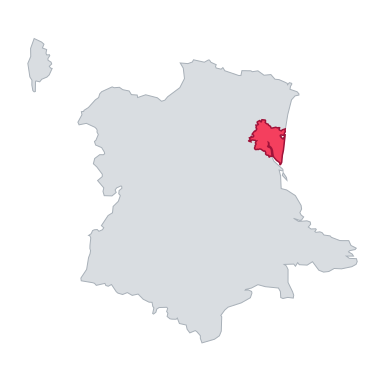 location of Gironde within France, rotated 181°
{"feature_id": "FRA-5295", "entity_name": "Gironde", "entity_type": "Metropolitan department", "adm_level": 1, "iso_a3": "FRA", "parent_name": "France", "parent_adm1": "", "projection": "albers", "projection_center": [-0.442, 44.886], "detail": "fine", "context": "in_parent", "style": "filled", "palette": "rose", "viewbox_px": 384, "rotation_deg": 181, "n_neighbors": 0, "source": "natural_earth", "source_scale": "10m", "svg_char_len": 6665}
<svg xmlns="http://www.w3.org/2000/svg" viewBox="0 0 384 384"><g transform="rotate(181 192 192)"><path d="M294.6,146.8L292.1,148.5L290.7,151.7L289.1,152.5L286.1,152.8L284.4,151.1L280.9,152.7L279.6,154.7L282.0,156.8L275.5,167.0L271.1,169.9L270.6,176.2L265.5,181.4L263.8,186.5L263.7,187.4L265.2,188.9L264.9,192.2L262.2,194.5L262.4,196.5L263.2,196.8L267.4,194.8L268.9,192.7L267.8,190.2L271.9,186.7L279.7,186.8L281.0,191.0L280.3,194.6L286.6,201.8L282.0,205.8L282.0,208.2L287.7,215.5L291.1,218.5L289.9,223.8L284.9,227.7L281.4,227.7L280.0,228.7L280.3,230.3L283.1,234.8L289.2,237.3L290.4,240.8L288.9,242.2L286.7,247.8L288.1,250.4L287.8,251.6L288.5,253.4L290.2,255.0L298.8,258.8L306.1,257.2L307.3,259.8L303.4,267.3L304.0,270.4L301.7,270.7L301.4,271.8L297.1,274.6L290.3,282.4L287.0,284.8L286.0,288.5L284.1,290.7L273.7,295.7L271.6,294.9L266.4,295.4L263.0,293.1L256.6,291.9L254.3,288.3L248.5,288.0L248.0,285.5L240.0,288.4L228.3,285.6L224.0,282.2L220.8,283.3L218.0,286.8L206.0,296.1L201.5,305.3L202.9,315.7L206.0,320.8L198.3,320.3L193.9,322.0L192.8,324.2L181.9,322.0L177.9,324.3L176.8,324.2L175.3,322.0L170.0,319.7L170.7,318.0L170.0,316.4L165.0,315.3L163.3,316.9L161.3,313.8L147.3,309.3L145.1,309.4L144.2,314.2L135.2,314.2L133.9,313.3L128.2,314.3L122.0,310.0L115.2,310.8L111.0,306.2L107.0,305.9L101.2,303.5L98.7,302.3L98.3,300.9L96.6,303.0L94.5,302.5L94.0,301.8L95.4,299.3L95.8,296.4L88.7,294.1L86.8,292.0L86.8,290.8L90.6,289.9L94.1,285.9L97.6,271.1L100.1,253.7L101.8,250.4L104.0,249.5L102.3,247.1L100.1,250.2L101.6,234.2L104.1,222.2L109.9,227.2L111.2,229.3L112.9,236.5L116.2,239.5L114.1,236.6L112.0,227.0L110.7,224.3L101.6,216.3L101.3,214.5L105.3,215.5L103.7,209.5L102.9,197.0L97.4,195.7L88.6,190.2L82.7,180.5L82.1,176.9L83.8,173.2L82.4,170.8L79.9,169.0L82.0,165.9L83.7,165.5L90.0,167.5L84.9,164.4L76.6,165.2L73.3,164.1L72.8,161.8L75.1,159.0L72.4,157.1L67.6,157.4L67.1,156.6L68.5,154.6L67.4,153.8L63.5,154.4L61.3,153.7L59.3,151.3L53.1,150.5L51.8,149.1L43.3,146.0L34.4,146.1L32.1,141.3L26.8,138.7L27.9,137.3L33.4,136.1L34.5,134.9L30.7,132.7L29.4,130.7L36.6,130.6L33.5,128.4L26.4,128.2L25.6,125.3L26.7,122.5L30.9,120.1L41.1,117.8L48.5,118.0L53.8,114.9L59.0,114.2L63.8,116.0L70.3,124.4L75.6,120.9L83.5,121.2L85.1,123.2L87.3,119.6L89.0,121.7L98.6,121.2L96.4,119.7L94.6,116.2L94.4,103.3L89.7,94.0L88.5,90.6L88.9,87.7L94.5,88.3L99.2,87.1L101.4,88.0L101.9,94.0L103.9,97.5L117.0,98.6L124.5,100.5L130.9,97.0L136.8,95.5L137.2,94.7L133.8,95.0L130.7,93.6L130.3,92.0L131.8,87.3L140.8,82.0L153.9,77.5L157.2,74.5L161.0,69.1L160.1,67.8L160.3,53.4L162.1,48.7L166.9,45.2L179.4,41.3L181.1,45.8L181.1,48.4L184.6,52.3L186.3,53.5L191.7,51.1L194.5,54.7L195.5,58.9L202.3,60.3L204.5,65.7L205.6,64.5L209.8,64.5L211.8,64.8L214.7,67.1L214.0,70.4L215.3,72.0L214.3,75.1L215.2,76.3L222.9,75.9L225.2,74.3L226.0,71.2L228.3,69.3L229.2,69.8L228.1,75.5L229.2,76.9L230.0,81.0L233.0,81.1L238.9,83.9L244.1,89.0L250.0,87.6L254.9,90.3L259.6,88.3L264.3,89.6L266.0,91.0L270.9,98.1L274.1,96.3L276.5,97.0L277.5,99.1L286.1,97.0L287.9,99.0L289.8,99.6L301.2,101.3L301.6,104.0L296.0,112.8L294.3,124.5L292.8,128.7L292.4,131.7L293.1,133.6L293.1,136.8L292.4,144.4L293.4,146.5L294.6,146.8ZM354.0,296.2L354.0,301.0L356.1,304.2L358.4,317.7L355.6,324.7L355.9,332.7L352.5,342.7L345.0,339.3L342.6,337.2L344.1,333.4L339.8,331.9L340.4,328.3L339.8,326.6L336.9,326.7L336.6,325.8L338.4,322.9L338.2,321.2L335.2,319.4L334.5,317.6L336.9,315.2L335.5,313.4L334.0,313.1L336.8,306.6L339.0,304.4L344.2,302.1L346.2,299.5L349.9,300.3L350.4,299.6L350.4,289.7L351.6,289.4L352.9,290.6L354.0,296.2ZM102.0,210.2L101.2,213.0L97.8,208.1L97.3,205.4L102.0,210.2Z" fill="#d9dde1" stroke="#a8b0b8" stroke-width="1"/><path d="M99.9,256.7L100.0,255.5L100.0,255.0L99.8,254.1L99.8,253.8L100.4,252.9L100.5,252.7L100.6,252.3L101.0,250.8L101.5,250.3L102.0,250.3L103.5,250.6L104.3,250.5L104.7,250.2L104.7,249.7L104.2,249.1L104.5,249.1L104.3,248.6L102.6,247.0L102.3,246.9L102.2,246.8L102.1,246.7L101.8,246.6L101.7,246.7L101.7,246.9L101.7,247.0L101.5,247.4L100.4,248.9L100.1,250.4L99.9,251.1L99.8,251.5L101.3,235.5L102.3,230.4L102.8,223.6L102.9,223.1L103.7,221.5L104.0,221.0L104.4,220.9L104.6,221.0L104.7,221.4L104.7,221.8L104.5,222.0L104.6,222.4L104.9,222.8L105.0,223.0L106.6,224.2L107.5,224.8L107.9,224.9L110.6,228.0L111.2,228.9L111.5,229.9L111.6,230.6L111.9,231.8L112.3,234.8L112.4,235.2L113.1,237.0L113.9,238.1L114.8,238.9L115.5,239.4L115.7,239.6L115.9,240.0L115.9,240.3L115.9,240.8L115.9,241.5L116.0,242.2L116.2,242.7L116.5,242.9L116.4,242.5L116.3,241.6L116.2,241.2L116.4,240.3L116.1,239.6L115.6,239.1L115.1,238.7L115.8,238.8L116.4,238.9L116.9,239.2L117.4,239.6L116.9,238.6L116.0,238.1L115.0,237.8L114.1,237.1L113.7,236.3L113.4,235.3L112.6,229.1L113.4,229.0L114.2,229.2L114.4,229.2L114.6,229.1L114.7,228.9L114.8,228.7L115.0,228.4L115.4,228.3L115.6,228.5L115.8,229.0L115.9,229.6L116.0,229.8L116.3,230.0L116.8,230.1L117.1,230.1L117.3,230.1L117.6,230.2L118.0,230.3L118.7,230.8L118.9,231.2L119.1,231.4L119.1,231.6L119.0,232.3L119.0,232.5L119.1,232.8L119.1,233.0L119.3,233.4L119.5,233.9L119.7,234.1L119.9,234.2L120.1,234.3L120.7,234.1L121.0,234.1L121.7,234.6L122.0,234.7L122.4,234.9L122.6,235.1L123.0,235.5L123.6,235.9L124.8,236.2L125.1,236.2L125.4,236.1L126.4,235.7L126.7,235.6L127.3,235.9L128.0,235.6L129.4,235.6L129.8,236.0L130.2,236.8L130.2,237.4L129.6,238.9L129.6,239.1L129.7,239.6L129.5,239.8L129.3,240.1L129.1,240.4L128.9,240.8L128.9,241.2L129.0,241.5L129.5,242.1L129.5,242.4L128.5,244.0L128.8,243.9L128.9,244.1L129.0,244.1L129.4,244.6L129.5,244.7L132.8,245.1L133.2,244.9L133.9,244.1L134.3,243.7L134.1,243.3L134.5,243.4L135.8,243.7L135.9,243.8L136.0,243.9L136.2,244.1L135.9,244.5L135.6,244.8L135.2,245.0L134.8,245.1L135.1,246.2L135.3,246.7L135.6,247.1L135.3,247.3L135.1,247.3L134.3,247.2L134.1,247.3L134.0,247.7L134.0,248.3L133.9,248.5L133.7,248.7L133.4,248.7L133.2,248.5L133.0,248.2L132.7,247.9L132.4,247.9L132.1,248.0L131.8,248.2L131.5,248.4L131.3,248.9L131.3,249.3L131.4,249.7L131.7,250.1L132.6,250.4L132.8,250.6L132.7,251.2L130.7,253.8L130.5,254.0L130.3,254.1L129.8,254.0L129.6,254.1L128.7,255.4L128.5,255.8L128.4,256.2L128.5,256.5L129.0,257.1L129.1,257.3L129.1,257.7L128.8,258.3L128.8,258.6L128.9,258.9L129.1,259.2L129.2,259.5L129.2,260.0L128.7,259.9L127.2,260.4L126.9,260.7L127.1,261.2L127.8,261.9L128.1,263.0L127.3,263.7L125.6,264.6L124.2,263.3L123.8,263.5L123.7,265.0L123.3,265.5L120.1,265.2L119.8,264.9L119.7,264.2L120.0,262.8L119.8,262.6L118.7,261.6L117.2,261.2L116.9,260.9L116.8,260.7L116.7,260.2L114.7,259.0L114.5,258.6L114.3,257.9L114.0,257.4L113.1,257.3L109.4,258.2L107.5,257.6L106.4,257.9L106.0,257.9L105.5,257.7L106.0,256.2L105.7,255.5L103.9,254.7L103.8,254.9L102.4,255.9L99.9,256.7Z" fill="#f43f5e" stroke="#9f1239" stroke-width="1.5"/></g></svg>